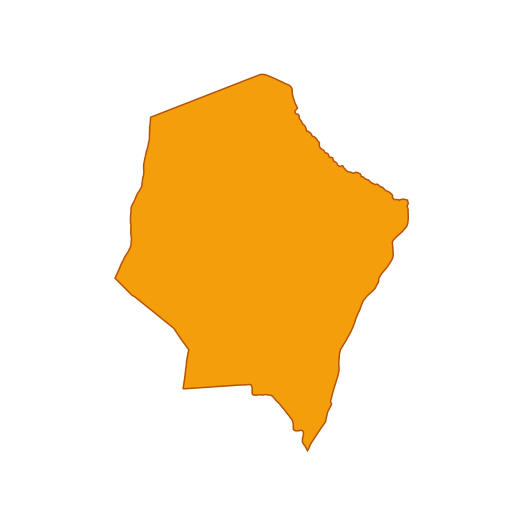 Nangade, Cabo Delgado, Mozambique (Mercator projection), rotated 134°
{"feature_id": "85939544B17838134976629", "entity_name": "Nangade", "entity_type": "district", "adm_level": 2, "iso_a3": "MOZ", "parent_name": "Mozambique", "parent_adm1": "Cabo Delgado", "projection": "mercator", "projection_center": [39.787, -11.149], "detail": "fine", "context": "isolated", "style": "filled", "palette": "amber", "viewbox_px": 512, "rotation_deg": 134, "n_neighbors": 0, "source": "geoboundaries", "source_scale": "gbopen_adm2", "svg_char_len": 6097}
<svg xmlns="http://www.w3.org/2000/svg" viewBox="0 0 512 512"><g transform="rotate(134 256 256)"><path d="M402.0,215.9L359.8,177.8L359.6,177.5L358.8,176.9L357.3,175.2L356.8,174.9L356.6,174.5L356.0,174.0L355.4,173.7L355.1,173.3L353.3,171.8L352.1,169.7L353.4,167.3L354.2,166.5L354.5,166.1L354.9,165.9L355.2,165.5L355.6,165.4L355.8,165.0L356.2,164.7L356.4,164.3L357.3,163.6L357.9,162.4L357.9,162.0L357.8,161.4L356.6,159.8L356.2,159.5L356.0,159.2L354.6,158.1L354.3,157.8L353.3,157.1L351.8,155.1L351.2,154.5L350.9,154.4L350.6,154.1L349.9,153.7L349.1,152.8L348.7,152.5L345.7,148.2L345.5,147.0L345.5,145.2L346.0,141.3L346.0,137.1L346.2,134.7L346.7,131.1L346.7,130.4L347.1,127.5L347.7,124.1L347.9,121.7L348.5,118.5L348.5,117.7L348.7,117.1L349.0,115.8L349.7,114.3L350.1,113.9L351.0,112.5L351.7,111.8L352.4,111.0L352.8,110.8L353.5,110.0L353.9,109.7L354.1,109.3L354.5,109.1L354.8,108.3L354.7,107.1L354.2,105.9L352.7,104.6L352.6,104.3L350.2,102.6L350.0,102.3L349.7,102.1L349.5,101.7L349.4,100.8L349.7,99.7L350.9,98.4L351.7,97.7L353.3,96.7L354.2,96.4L354.6,96.0L355.6,95.3L355.9,94.9L357.1,93.9L357.6,93.3L358.5,90.6L358.3,89.7L359.3,86.8L359.7,85.3L360.1,84.4L360.3,83.8L359.5,83.9L357.8,84.4L353.0,86.2L341.4,88.4L331.3,90.2L330.7,90.2L326.9,90.9L318.5,96.1L310.9,98.4L309.7,99.2L308.9,101.4L298.4,107.3L285.4,113.8L280.9,116.6L279.4,117.9L275.3,122.3L268.5,127.9L264.9,130.1L253.3,132.8L244.8,135.1L239.3,137.1L234.1,139.3L234.1,139.5L232.8,140.2L226.7,142.6L223.0,143.8L218.6,145.8L214.2,147.6L207.6,148.3L200.2,147.8L196.7,147.8L192.6,149.1L190.1,149.6L188.8,150.4L186.8,152.2L181.2,153.4L174.1,153.8L173.8,154.0L171.8,154.1L166.5,155.1L162.9,156.1L159.8,158.1L156.1,162.1L151.3,167.6L149.2,168.2L145.7,168.3L136.4,167.7L130.2,168.1L127.1,169.5L123.0,172.7L120.9,174.9L119.9,175.8L119.7,176.2L118.9,176.9L118.1,177.8L117.3,178.4L116.6,179.3L115.3,181.6L115.1,181.8L114.9,182.1L112.2,183.1L111.2,185.2L110.5,185.8L112.6,189.4L112.9,189.5L113.2,189.9L114.7,191.0L116.2,191.8L116.6,191.8L116.6,192.4L117.0,193.4L118.6,194.8L118.9,195.4L119.3,195.9L119.4,196.7L119.1,198.3L119.0,198.6L117.6,199.8L117.4,200.4L117.4,203.8L117.8,205.8L118.3,206.8L118.9,208.6L118.7,212.5L119.1,212.9L119.0,213.3L119.9,215.3L119.9,218.3L120.5,219.0L122.0,220.2L122.4,221.4L122.4,222.3L123.2,223.5L123.3,224.1L123.5,224.9L123.2,225.6L123.2,226.4L123.3,227.3L123.3,228.0L123.5,228.5L124.6,230.6L124.7,231.5L124.5,233.0L124.7,233.7L125.4,234.8L125.6,235.3L125.6,235.8L125.2,236.2L124.7,237.2L124.6,238.2L125.0,239.6L125.4,240.7L126.0,241.7L126.6,242.5L128.7,243.4L129.2,244.0L129.7,245.7L131.3,248.1L131.7,249.1L131.8,250.8L131.5,252.8L131.6,253.6L131.5,254.4L131.1,255.3L130.9,256.0L131.0,256.5L131.5,257.1L132.4,257.2L133.3,257.8L133.6,258.7L133.8,259.6L133.8,260.7L133.0,262.5L133.1,263.8L133.6,265.1L133.7,266.1L133.3,267.1L132.2,268.8L132.5,270.0L133.6,271.2L133.7,272.2L133.5,272.9L132.6,274.7L132.6,275.7L132.9,276.6L133.6,277.8L133.7,278.3L133.5,279.0L133.1,279.6L133.0,280.5L133.1,281.8L133.3,282.4L133.6,283.7L133.6,284.7L133.3,285.9L132.7,287.0L130.6,289.0L130.3,289.8L130.4,291.5L130.0,292.4L129.8,293.2L130.0,293.8L129.6,295.0L129.8,296.8L130.5,298.4L130.6,298.7L130.5,299.4L130.0,300.7L129.7,302.0L129.7,302.7L130.0,303.4L129.9,304.9L130.2,305.4L130.9,305.9L130.9,306.5L130.8,307.0L129.8,307.8L128.6,310.7L128.4,312.1L128.5,313.6L128.4,314.8L127.3,317.8L127.2,319.4L127.0,320.3L125.7,321.8L125.0,322.9L124.9,324.3L125.6,325.3L125.9,326.5L125.8,327.4L125.5,327.9L125.1,328.3L124.2,328.7L123.1,328.8L122.0,328.7L120.6,329.0L120.5,329.7L120.1,330.5L119.2,333.4L118.4,335.2L117.5,336.6L116.5,339.0L116.0,339.6L115.2,341.0L114.9,341.2L114.8,341.6L114.4,341.9L114.2,342.3L113.9,342.5L113.7,343.0L111.2,345.5L111.1,345.8L110.8,346.2L110.5,346.9L110.3,347.2L110.3,347.6L110.1,348.5L110.0,350.3L110.7,352.5L111.3,353.8L111.5,354.5L112.3,356.9L112.3,357.2L113.1,359.3L114.1,362.1L114.3,362.8L114.7,363.6L114.7,364.0L116.9,369.9L117.1,370.4L118.5,373.9L119.8,376.3L121.8,378.5L123.3,379.4L229.4,428.2L234.9,423.6L235.5,423.2L237.2,422.0L237.4,421.7L237.8,421.6L237.9,421.3L238.2,421.1L238.4,420.8L239.7,419.6L240.0,419.4L240.2,419.2L240.8,418.7L241.3,418.1L242.0,417.7L246.0,413.8L247.0,413.3L247.7,412.7L249.2,412.0L250.9,410.7L253.9,408.9L254.6,408.7L255.8,407.8L256.4,407.8L257.4,407.2L258.3,406.5L259.2,406.1L259.9,405.6L260.6,405.2L260.9,404.9L263.6,403.4L263.9,403.1L265.1,402.4L265.5,402.1L268.3,400.3L269.8,399.0L270.6,398.0L270.9,397.9L271.0,397.6L271.9,396.8L272.1,396.5L272.4,396.3L273.0,395.5L274.2,394.4L274.9,394.0L275.1,393.6L276.4,392.8L277.4,392.4L277.7,392.1L279.9,390.8L280.4,390.2L282.0,389.0L282.4,388.9L283.9,387.6L284.2,387.4L284.4,387.1L285.0,386.7L286.3,386.2L290.3,385.2L292.9,384.8L293.9,384.4L294.3,384.4L300.9,381.8L305.3,380.6L307.3,379.8L307.6,379.5L308.2,379.3L311.1,376.6L311.8,376.0L312.4,375.7L312.6,375.4L313.7,374.5L314.1,374.4L315.2,373.3L315.5,373.1L315.7,372.8L316.0,372.6L316.2,372.3L316.5,372.1L316.7,371.8L317.3,371.3L317.6,371.1L317.7,370.8L318.0,370.7L318.2,370.4L319.1,369.6L319.6,369.0L319.7,368.7L320.2,368.0L321.8,366.2L322.3,366.0L323.3,364.9L324.8,363.7L324.9,363.4L325.2,363.3L326.1,362.4L326.4,362.0L326.7,361.9L328.3,359.7L328.7,359.4L329.9,357.6L330.3,357.5L331.6,356.3L332.2,356.0L334.5,353.8L335.2,353.6L335.5,353.3L337.1,352.4L338.6,351.9L339.0,351.9L340.1,351.4L340.4,351.4L342.8,350.7L345.1,350.4L346.8,349.9L347.3,349.9L348.4,349.5L348.7,349.5L349.9,349.1L351.6,348.4L353.0,348.1L355.3,347.4L357.4,346.6L358.6,346.0L369.9,342.0L370.4,317.7L369.6,315.2L365.1,265.1L367.8,252.4L370.1,239.3L371.1,238.6L371.4,238.3L372.8,237.7L373.0,237.4L373.5,237.2L373.7,236.9L376.2,235.4L376.6,235.1L377.7,234.5L377.8,234.2L378.9,233.6L379.2,233.3L379.5,233.2L379.9,232.8L380.4,232.6L380.6,232.3L381.6,231.4L384.4,229.2L384.7,229.1L384.9,228.8L385.7,228.4L385.9,228.1L387.1,227.4L387.3,227.0L388.4,226.3L388.8,225.9L389.2,225.7L389.4,225.4L389.9,225.2L390.1,224.9L390.8,224.5L391.1,224.2L391.7,223.8L393.2,222.6L393.9,222.2L394.8,221.4L395.1,221.3L397.8,219.3L398.5,218.9L399.5,218.1L400.9,217.2L401.8,216.4L402.0,215.9Z" fill="#f59e0b" stroke="#b45309" stroke-width="1.5"/></g></svg>